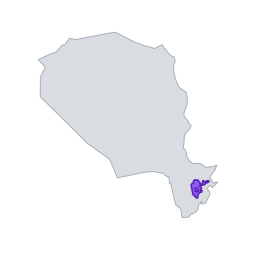 location of Kollo, Tillabéri, Niger, rotated 259°
{"feature_id": "23599985B29201413246391", "entity_name": "Kollo", "entity_type": "district", "adm_level": 2, "iso_a3": "NER", "parent_name": "Niger", "parent_adm1": "Tillabéri", "projection": "orthographic", "projection_center": [2.24, 13.192], "detail": "fine", "context": "in_parent", "style": "filled", "palette": "violet", "viewbox_px": 256, "rotation_deg": 259, "n_neighbors": 0, "source": "geoboundaries", "source_scale": "gbopen_adm2", "svg_char_len": 4503}
<svg xmlns="http://www.w3.org/2000/svg" viewBox="0 0 256 256"><g transform="rotate(259 128 128)"><path d="M203.3,177.9L201.0,178.1L199.7,178.5L198.1,179.9L196.3,180.5L194.0,181.8L192.6,182.7L191.3,183.5L189.5,185.4L189.0,186.8L187.1,187.1L184.5,187.0L182.8,185.7L179.0,184.4L176.5,183.9L175.3,183.8L169.4,183.8L163.2,184.5L160.0,185.3L159.5,185.5L157.7,186.4L156.2,187.4L152.3,191.9L146.9,191.9L143.7,191.5L141.0,190.9L137.1,188.9L132.3,185.9L130.5,185.5L128.9,185.3L128.3,185.4L122.8,188.6L121.7,188.6L120.4,188.9L119.5,189.7L118.9,190.1L118.2,190.2L117.3,190.0L116.4,189.6L115.5,188.7L113.2,185.3L112.7,184.7L111.7,183.7L110.0,182.2L108.8,181.5L108.1,181.3L107.3,181.4L102.8,180.1L98.3,178.7L97.3,178.9L96.6,179.2L95.0,180.3L93.2,180.5L90.9,180.5L89.6,180.3L87.5,180.7L86.1,181.2L84.3,181.9L82.0,183.9L81.3,184.2L80.8,184.5L80.0,189.9L79.4,191.5L78.2,193.7L75.9,195.8L74.3,197.0L74.3,198.7L74.2,201.4L74.2,203.3L74.3,204.5L74.0,205.1L73.9,205.6L74.0,206.4L74.4,206.8L74.6,207.3L74.5,207.7L73.7,208.2L72.8,207.0L71.8,206.1L70.6,205.7L69.8,205.1L69.4,204.3L67.8,202.6L64.2,199.2L63.9,199.1L63.3,199.0L62.3,199.4L61.7,200.0L61.2,200.2L60.6,200.2L58.9,200.6L57.5,201.2L57.5,201.6L58.1,204.2L57.8,205.6L57.2,204.9L55.3,202.3L53.9,200.4L53.7,200.0L53.5,199.4L53.6,199.1L54.1,198.9L55.4,198.6L55.6,198.4L55.7,197.9L55.5,196.9L54.8,195.6L54.1,194.7L53.7,194.6L52.9,194.5L52.1,194.7L50.6,195.7L49.9,195.9L48.4,195.8L47.0,195.6L46.2,195.1L43.6,192.9L40.9,190.7L39.7,190.4L39.5,190.1L39.3,188.4L39.3,186.3L39.5,185.8L40.6,186.1L41.9,186.3L42.3,185.9L41.3,185.2L39.9,184.4L39.4,183.3L39.0,182.9L38.3,182.5L37.6,182.3L36.9,181.9L36.4,181.6L35.5,181.5L34.7,181.2L33.4,179.4L32.2,177.6L31.5,176.2L31.3,175.3L31.7,173.9L31.3,173.3L30.0,171.9L28.8,170.5L29.1,168.4L29.4,166.7L29.4,165.6L29.6,164.9L29.7,164.2L30.5,164.0L32.4,164.1L36.1,164.4L39.1,164.1L41.3,162.1L43.7,160.2L47.2,160.0L50.9,159.8L53.9,159.7L58.2,159.6L61.7,159.4L65.7,159.3L65.8,158.4L66.1,158.1L66.5,158.1L69.4,158.6L72.2,159.0L72.4,157.3L74.9,155.2L76.3,154.7L76.6,154.4L77.0,153.6L77.3,152.5L77.4,151.7L77.9,151.1L78.3,149.9L78.8,147.8L80.1,145.5L80.9,142.5L81.0,139.6L81.1,137.4L81.5,137.0L81.4,133.0L81.4,129.1L81.3,125.8L81.3,121.6L81.2,118.0L81.2,114.1L81.1,110.5L81.1,108.2L83.8,107.6L86.7,107.0L90.9,106.1L95.4,105.2L100.3,104.1L101.4,103.5L105.0,100.1L106.7,98.5L109.9,95.4L112.4,93.0L115.6,90.0L118.9,87.0L121.6,84.5L125.8,81.7L132.1,77.5L138.4,73.3L144.6,69.1L150.8,64.8L156.9,60.6L163.1,56.3L169.1,52.1L175.2,47.8L181.6,49.1L187.7,50.3L193.9,51.5L195.4,52.2L198.8,54.9L203.2,58.4L203.4,58.5L203.5,58.5L207.3,56.1L212.2,53.0L214.2,60.6L215.7,67.1L216.2,71.3L216.3,72.4L216.8,73.1L217.8,73.8L222.1,79.7L221.4,80.8L222.1,82.6L223.2,83.4L226.7,86.8L227.2,87.5L227.0,88.1L225.1,92.5L224.8,93.6L224.8,99.1L224.8,102.9L224.8,108.2L224.7,114.6L224.7,119.9L224.6,127.0L224.5,133.8L221.5,137.6L216.1,144.5L211.6,150.0L209.4,153.7L205.0,160.9L203.2,165.5L201.6,167.9L200.9,168.9L201.8,172.2L203.3,177.9Z" fill="#d9dde1" stroke="#a8b0b8" stroke-width="1"/><path d="M48.2,180.3L47.1,181.3L46.6,181.8L46.1,181.9L46.1,182.6L46.3,183.0L46.9,183.5L47.7,183.5L48.1,183.8L48.7,183.9L49.4,184.1L49.9,184.7L50.0,185.2L50.3,185.3L50.9,186.3L51.1,187.1L51.5,187.2L51.3,187.4L51.5,187.7L51.1,187.9L51.9,188.4L52.3,188.8L52.9,188.2L52.8,187.7L53.2,187.6L53.6,187.6L54.7,188.6L55.7,188.5L56.9,188.3L57.4,187.9L57.4,187.5L57.1,187.1L57.2,186.9L57.5,187.2L57.6,188.8L57.8,189.8L57.6,190.1L57.6,190.5L57.8,191.8L58.0,192.9L58.8,193.4L59.3,194.4L59.0,195.0L59.3,195.2L59.6,195.3L59.7,196.0L59.5,196.4L60.1,197.4L60.7,196.9L61.1,196.6L61.1,196.4L60.9,195.5L61.1,195.3L60.5,193.6L60.7,192.9L60.8,192.5L61.7,191.9L62.0,191.9L62.0,191.4L61.1,191.2L60.3,191.2L59.5,190.4L59.4,190.0L58.7,189.1L59.0,188.4L59.6,188.0L60.8,188.3L61.8,187.3L63.3,187.1L63.4,186.1L63.8,186.0L64.0,185.7L63.9,185.2L63.9,184.6L64.5,183.7L63.7,182.7L63.7,182.2L62.6,181.9L62.3,182.0L61.3,181.4L61.3,180.9L61.3,180.3L61.0,180.0L61.0,179.9L60.3,179.2L60.1,179.0L59.9,179.0L59.6,179.1L58.0,179.0L56.5,179.0L55.6,179.4L54.8,178.9L53.6,179.0L53.4,179.2L52.2,179.2L51.8,178.9L51.5,178.9L50.9,178.9L50.0,179.1L49.6,179.7L49.3,180.4L48.8,180.6L48.4,180.6L48.2,180.3ZM52.5,182.8L52.9,182.8L53.3,182.0L53.5,182.0L53.9,182.3L54.7,182.3L55.2,182.2L56.1,182.2L56.0,182.7L55.7,183.7L55.7,184.4L55.5,184.6L54.6,184.7L54.5,184.9L54.4,185.3L54.0,185.1L53.4,185.1L53.0,185.3L52.6,185.2L52.3,184.8L52.3,184.4L53.0,184.2L53.1,183.7L53.3,183.6L52.5,182.8Z" fill="#8b5cf6" stroke="#5b21b6" stroke-width="1.5"/></g></svg>